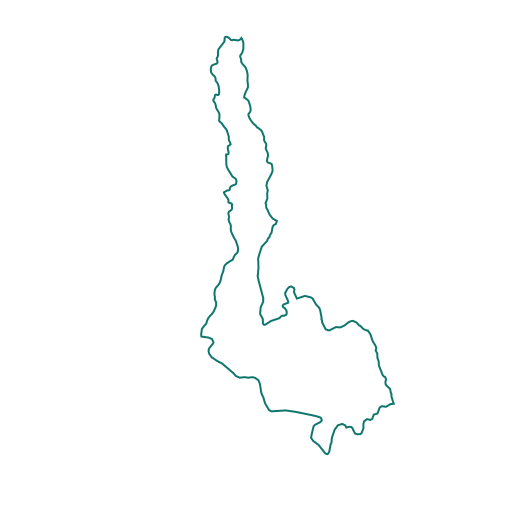 the district of Chicacao, Suchitepéquez, Guatemala, rotated 153°
{"feature_id": "79465075B95007488956615", "entity_name": "Chicacao", "entity_type": "district", "adm_level": 2, "iso_a3": "GTM", "parent_name": "Guatemala", "parent_adm1": "Suchitepéquez", "projection": "natural_earth1", "projection_center": [-91.364, 14.487], "detail": "fine", "context": "isolated", "style": "outline", "palette": "teal", "viewbox_px": 512, "rotation_deg": 153, "n_neighbors": 0, "source": "geoboundaries", "source_scale": "gbopen_adm2", "svg_char_len": 6108}
<svg xmlns="http://www.w3.org/2000/svg" viewBox="0 0 512 512"><g transform="rotate(153 256 256)"><path d="M289.0,65.2L286.1,59.5L283.9,48.7L282.7,47.2L281.8,47.0L279.7,48.2L274.8,54.6L273.5,55.4L270.9,59.6L264.8,65.5L259.9,68.0L255.4,67.2L253.4,64.6L253.4,62.1L251.2,61.8L249.0,60.7L248.3,59.3L248.4,53.0L246.6,51.1L243.7,49.9L242.5,50.2L238.4,53.8L237.1,56.7L234.9,59.6L231.2,60.3L228.5,58.0L226.4,58.1L223.1,61.2L219.3,60.5L214.6,64.8L212.1,65.1L208.6,62.6L203.4,63.0L200.4,61.8L199.1,69.3L198.0,71.4L197.9,73.5L197.2,75.3L196.9,76.9L198.6,81.3L198.7,83.1L197.8,85.1L196.1,87.1L195.9,89.6L196.9,90.9L197.2,92.6L196.2,102.5L194.5,106.6L194.1,110.0L192.2,114.1L192.3,117.3L190.5,119.6L190.3,122.4L190.7,127.1L189.6,134.4L190.2,138.9L190.8,139.0L193.4,142.0L194.8,146.5L195.6,147.2L196.7,151.2L198.9,154.0L200.2,154.7L203.3,155.0L208.7,153.9L213.3,154.1L217.1,156.4L224.1,156.4L225.3,156.9L227.2,159.1L227.2,167.2L226.5,168.3L226.4,170.1L225.8,170.6L223.4,178.7L223.2,181.1L224.5,185.5L224.9,192.6L226.0,194.3L230.5,198.2L238.9,199.5L238.6,206.5L236.9,208.8L236.8,210.3L238.6,213.0L240.7,213.3L243.2,212.3L246.8,209.8L247.6,207.7L247.8,201.7L248.4,199.8L253.7,200.3L254.9,199.4L255.1,198.0L253.9,196.4L253.7,193.2L254.8,190.7L256.0,189.9L258.2,190.0L258.9,190.7L260.7,190.9L263.6,190.0L272.1,191.3L278.9,190.6L280.0,191.0L280.5,192.6L278.5,196.9L278.7,201.8L278.3,203.1L275.1,208.2L270.2,212.1L269.4,214.2L268.8,214.6L264.8,233.1L263.5,237.8L262.7,238.5L260.5,242.4L259.8,243.1L256.6,249.7L255.3,252.7L252.1,256.2L246.6,261.7L239.2,264.4L237.6,266.1L235.5,266.6L234.4,268.1L231.7,269.6L227.8,274.6L226.4,275.4L223.6,275.6L221.5,277.7L224.1,281.7L225.1,286.6L224.8,291.9L224.9,294.4L223.6,297.4L223.5,298.8L219.9,301.9L217.7,306.5L215.7,309.2L214.8,313.9L214.3,314.6L212.8,316.5L212.4,317.0L210.4,318.3L208.4,319.7L206.1,321.3L203.7,323.2L202.9,324.0L202.1,325.3L200.9,328.4L200.3,330.6L200.9,331.8L201.8,332.6L203.1,334.1L203.2,335.2L202.6,336.5L201.9,337.5L199.8,339.8L199.1,341.3L198.8,342.9L198.7,343.7L198.7,346.8L198.4,347.5L198.0,348.2L196.6,349.9L196.2,350.8L196.1,351.6L196.1,352.4L196.3,354.6L196.2,355.6L195.8,356.4L194.9,358.0L194.6,358.8L194.5,361.2L194.2,363.4L194.2,365.2L194.4,365.8L195.2,367.4L195.7,368.9L196.1,369.4L196.6,369.8L197.1,372.7L198.1,374.6L198.4,375.6L199.0,379.1L199.2,382.1L199.0,383.8L198.6,385.5L198.1,386.0L196.9,386.5L195.9,387.1L195.3,387.5L194.8,388.1L194.2,389.0L193.8,390.1L193.1,392.4L192.7,394.4L192.3,397.6L192.6,398.7L193.1,399.9L194.1,401.9L194.6,402.5L194.1,403.4L192.7,405.1L189.4,407.8L187.1,409.5L186.5,410.1L185.7,411.6L183.9,416.4L181.4,420.8L180.8,422.4L180.1,425.1L179.8,427.7L179.8,429.3L179.9,430.1L180.5,431.8L180.8,433.0L181.0,434.1L181.0,434.9L181.0,435.6L180.7,436.5L180.2,437.4L179.9,438.1L179.8,438.9L179.6,440.9L179.1,441.7L176.5,443.1L175.2,444.2L174.3,445.1L173.7,445.8L173.1,446.5L171.1,450.4L170.4,452.1L170.2,453.2L169.9,455.6L170.1,456.9L171.3,456.2L173.2,456.0L174.4,456.4L177.0,458.3L178.2,459.0L179.2,459.0L180.2,459.8L180.5,460.5L180.9,462.0L181.3,463.1L182.3,464.4L183.1,464.9L183.8,465.0L184.6,464.8L185.1,464.3L186.0,462.6L187.0,461.3L191.8,459.0L195.0,457.5L195.9,456.9L196.4,456.3L197.6,454.4L198.6,452.4L199.1,451.6L199.8,450.9L201.2,449.9L201.7,449.1L202.0,446.7L202.6,445.8L203.2,445.4L204.2,445.3L205.4,445.5L206.5,445.7L208.6,445.7L209.3,445.5L210.1,444.8L210.8,443.9L211.8,442.4L212.3,440.9L212.6,439.7L212.5,438.6L212.0,436.5L211.5,435.4L211.3,434.8L211.3,433.9L211.3,433.1L211.5,432.4L212.3,430.7L212.3,429.9L211.9,428.4L211.9,426.1L212.4,423.7L213.6,420.3L214.7,418.3L215.7,416.9L216.6,416.6L217.2,416.9L218.3,418.0L218.9,418.1L219.6,417.8L221.0,416.0L221.6,415.4L222.5,415.1L223.2,414.5L223.5,413.7L223.4,412.2L223.1,411.2L223.1,410.5L223.5,408.5L224.2,406.3L224.3,404.6L224.0,401.3L224.1,399.7L224.4,398.7L224.8,397.6L227.5,393.2L227.3,392.3L226.7,390.8L226.1,389.0L225.9,386.2L225.6,384.9L225.2,383.3L225.0,382.4L225.0,380.5L225.4,378.6L225.6,377.7L226.0,374.8L227.2,372.5L227.5,371.6L227.7,367.8L228.0,367.0L229.0,366.7L230.5,366.7L231.1,366.5L231.5,366.1L232.0,365.3L232.6,363.9L233.2,361.2L233.6,360.3L233.9,359.8L234.6,359.4L235.5,359.6L236.4,360.0L237.0,359.4L237.5,357.7L238.7,355.6L239.6,353.6L240.8,351.3L241.6,348.4L241.6,345.2L241.1,340.4L241.0,338.3L240.8,337.2L239.7,335.3L239.1,334.1L239.2,332.0L239.6,331.3L240.8,329.5L241.6,329.1L242.4,329.1L244.2,329.4L246.2,329.4L246.8,329.3L247.4,329.1L248.0,328.7L248.4,328.3L249.2,327.2L249.6,326.9L250.7,326.9L251.2,327.2L252.1,327.5L253.7,327.3L254.5,327.4L255.1,327.5L255.8,327.1L255.9,325.4L255.5,322.8L255.2,321.1L255.1,319.3L255.2,318.5L255.4,317.7L256.2,316.4L255.9,315.7L254.4,314.3L253.9,313.6L253.9,312.6L254.6,311.9L255.0,311.3L255.1,310.5L255.5,309.7L255.9,309.0L256.8,308.3L257.4,308.1L259.5,307.9L260.1,307.7L260.9,307.1L261.3,306.4L262.1,303.6L262.4,302.7L263.6,301.5L263.9,300.8L264.3,299.1L264.4,298.3L264.4,295.6L264.6,294.7L265.0,293.7L266.2,291.6L266.5,290.8L266.8,290.2L267.1,288.6L267.3,283.4L267.3,281.9L267.1,280.2L267.1,278.4L268.2,271.5L268.7,270.5L270.1,268.4L270.8,267.7L271.5,267.3L273.8,266.7L274.6,266.3L275.2,265.8L276.4,265.1L277.6,263.9L278.5,263.3L282.3,263.1L283.2,262.9L285.3,262.7L286.4,262.4L288.3,261.7L289.4,260.7L292.1,257.3L295.7,254.0L298.6,250.3L300.9,248.4L301.6,247.9L303.6,246.9L305.8,246.1L307.3,245.1L307.8,244.7L309.6,242.3L310.3,240.9L310.7,240.0L311.3,238.0L312.4,236.0L312.5,233.8L312.6,232.9L312.8,232.3L313.5,230.8L314.2,229.8L315.1,228.9L318.7,225.9L319.5,225.4L321.3,224.5L323.6,223.7L326.6,222.4L328.8,220.7L330.7,218.7L331.6,218.1L333.8,217.3L337.3,215.6L340.5,211.0L341.2,209.0L335.1,204.7L332.9,201.9L333.1,198.4L334.2,197.4L338.9,195.4L340.5,194.3L341.5,192.6L342.1,190.0L341.4,185.5L340.8,184.8L338.3,180.1L335.1,175.7L329.3,161.8L328.4,158.2L325.7,154.9L321.3,153.3L318.2,151.1L314.1,149.6L311.9,147.6L311.5,146.4L310.3,144.5L310.5,140.6L313.5,131.3L313.7,126.4L314.8,120.6L314.3,112.8L312.8,110.6L299.6,104.9L291.4,99.1L279.1,89.3L274.9,85.8L271.7,82.6L271.8,80.1L272.4,79.4L274.1,78.8L279.9,78.8L282.0,78.1L287.2,72.0L289.5,69.0L289.0,65.2Z" fill="none" stroke="#0f766e" stroke-width="2"/></g></svg>